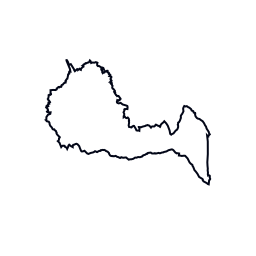 Poieni, Cluj, Romania (Natural Earth projection), rotated 237°
{"feature_id": "2599482B79403381618671", "entity_name": "Poieni", "entity_type": "district", "adm_level": 2, "iso_a3": "ROU", "parent_name": "Romania", "parent_adm1": "Cluj", "projection": "natural_earth1", "projection_center": [22.871, 46.852], "detail": "fine", "context": "isolated", "style": "outline", "palette": "ink", "viewbox_px": 256, "rotation_deg": 237, "n_neighbors": 0, "source": "geoboundaries", "source_scale": "gbopen_adm2", "svg_char_len": 5881}
<svg xmlns="http://www.w3.org/2000/svg" viewBox="0 0 256 256"><g transform="rotate(237 128 128)"><path d="M78.1,193.1L79.8,193.2L80.8,193.6L84.7,193.6L86.7,194.2L88.4,194.1L90.5,194.4L93.0,194.3L95.3,193.3L96.6,192.9L97.8,191.7L98.9,191.2L100.9,191.0L102.8,191.6L103.7,192.4L104.1,192.5L105.1,191.5L106.6,191.9L108.0,190.9L109.4,191.2L111.7,190.5L112.5,189.9L114.3,189.2L114.7,188.0L115.8,187.2L115.0,185.7L114.1,184.7L111.8,183.6L110.3,181.1L110.2,180.4L109.3,178.8L107.7,177.9L105.9,175.5L105.2,174.1L105.2,173.0L104.3,172.4L103.6,171.5L103.0,171.5L101.5,170.6L100.3,169.1L99.8,167.7L99.9,166.7L98.7,163.2L99.0,161.4L98.9,160.6L100.1,160.2L103.2,161.5L108.2,162.6L111.0,162.6L113.9,162.1L113.5,160.9L113.2,158.3L112.5,156.6L111.7,155.9L111.5,155.5L112.9,155.0L113.8,154.2L115.3,153.5L115.7,153.0L115.1,151.8L115.0,151.0L115.1,150.6L115.7,149.9L116.2,148.9L116.2,148.1L115.9,147.5L118.3,147.2L119.9,145.9L119.9,145.3L120.3,144.6L120.3,143.6L121.3,140.7L121.4,139.6L122.9,137.6L122.5,137.4L121.6,137.6L119.5,136.0L120.1,135.6L120.6,134.6L121.4,133.8L123.3,134.1L126.4,134.2L126.8,133.8L126.9,132.8L126.9,132.0L126.6,131.6L126.6,131.1L127.9,130.0L128.2,129.5L129.7,129.9L132.1,132.0L133.4,132.5L133.5,132.9L135.4,133.7L136.9,133.5L136.9,132.8L137.2,132.0L138.0,131.6L139.3,131.5L139.6,131.1L139.5,130.3L140.3,130.8L140.6,131.6L142.0,132.6L143.6,132.8L144.6,134.5L145.6,135.0L145.7,135.4L145.3,135.9L145.0,136.9L144.2,137.8L145.4,138.8L146.6,139.4L146.9,139.4L147.9,138.7L150.7,136.3L153.1,135.5L153.7,133.6L154.8,132.8L155.4,132.7L156.0,132.9L157.2,134.2L156.1,134.8L156.2,135.1L156.0,135.8L156.4,135.9L156.3,137.4L156.6,137.7L160.0,137.5L160.7,136.6L160.7,136.2L163.6,135.9L166.7,136.1L165.9,136.4L164.3,136.2L164.7,136.6L165.5,136.5L166.1,137.2L166.3,137.2L168.4,137.1L169.0,136.9L169.3,136.6L169.8,136.6L170.7,136.9L171.8,138.0L172.6,137.9L173.6,138.4L173.9,138.0L174.3,138.3L175.1,137.8L175.4,138.0L174.3,138.5L174.6,138.9L175.6,139.1L176.3,138.3L176.4,139.3L176.7,139.9L177.4,139.6L177.8,139.7L177.8,140.0L178.6,140.0L179.1,140.5L179.3,141.4L179.9,141.9L180.7,141.7L181.5,140.8L181.7,141.5L182.0,141.5L182.2,142.0L183.0,141.8L182.9,141.4L183.7,141.3L183.8,141.4L183.8,141.9L184.3,142.0L185.5,141.8L185.4,142.1L185.5,142.0L185.5,141.4L186.9,141.0L187.3,141.8L187.4,141.7L187.5,140.9L187.7,140.6L187.5,140.2L188.2,139.5L187.4,138.6L187.5,137.9L187.9,137.2L187.8,136.7L188.9,136.8L189.2,137.4L191.5,137.4L191.8,137.6L190.5,138.6L190.3,139.7L191.8,140.0L192.6,139.5L193.0,138.8L195.8,137.4L196.3,136.5L197.3,136.3L199.0,137.3L199.3,137.9L199.6,137.8L200.8,136.8L201.0,135.6L202.4,133.6L202.6,132.5L204.4,133.0L205.4,132.8L204.6,131.5L204.4,130.7L204.8,129.9L205.0,128.4L205.3,128.1L205.1,127.8L205.4,127.2L205.2,126.7L205.4,126.0L205.4,125.3L204.8,125.1L205.0,125.1L205.0,124.2L204.5,124.6L203.7,124.1L203.8,123.1L203.7,122.9L203.4,121.0L202.4,120.1L203.0,119.7L204.1,119.5L203.9,117.8L204.3,118.0L205.1,117.5L204.6,114.4L205.9,114.4L206.5,114.7L212.7,114.8L213.0,112.9L216.1,113.6L217.7,113.7L218.0,113.5L219.2,113.7L217.9,113.1L209.3,111.5L206.8,110.5L207.4,110.0L207.0,109.0L206.2,108.9L206.2,108.6L205.7,108.3L205.8,108.0L205.4,107.3L205.5,106.9L205.1,106.7L202.4,104.0L202.5,103.6L201.7,101.5L201.3,101.5L201.3,101.2L200.5,100.7L200.8,100.5L200.2,99.5L200.5,98.6L199.9,97.0L200.1,95.7L199.5,94.8L199.0,94.7L198.9,94.4L199.5,93.5L199.5,92.6L200.0,92.5L200.3,92.0L200.0,91.1L200.0,89.8L199.5,89.6L199.2,89.1L199.3,87.9L200.2,86.6L200.7,86.0L201.9,83.6L200.2,82.6L199.6,82.0L198.8,82.1L198.2,81.8L198.1,80.9L198.8,79.8L198.8,79.3L197.6,78.6L196.2,77.1L196.0,76.5L195.1,76.4L194.3,76.7L192.5,76.7L192.5,76.4L192.3,76.4L192.6,75.3L191.3,75.2L191.6,74.1L191.4,73.8L190.9,73.8L190.9,72.8L189.7,72.8L189.8,72.4L190.7,71.9L190.7,71.5L190.0,71.1L189.9,70.6L189.4,70.6L188.7,70.9L188.2,70.8L187.5,71.0L186.1,70.4L185.9,69.0L185.3,69.0L184.2,70.2L183.3,71.6L182.2,70.5L182.7,68.1L181.6,65.5L179.2,63.9L179.3,63.5L178.6,63.7L178.0,63.5L176.4,65.0L174.9,64.9L174.1,64.4L172.3,64.0L170.0,64.4L168.1,64.2L167.5,64.5L167.0,65.4L166.5,65.3L164.7,65.9L164.3,65.6L163.1,65.7L162.4,65.1L161.3,65.0L159.0,65.4L157.6,65.8L157.2,65.6L156.9,64.5L155.7,63.6L155.3,62.9L155.2,62.0L153.0,62.5L148.4,61.6L148.8,62.7L148.6,63.9L148.0,64.4L147.9,64.8L147.6,65.1L146.5,64.9L145.0,65.8L143.6,65.6L145.2,68.1L145.7,68.5L146.0,69.6L143.8,70.3L142.2,71.2L142.6,71.4L142.7,71.7L143.4,72.2L143.7,73.0L143.3,73.7L143.2,75.1L142.9,76.1L141.9,76.8L139.4,77.2L136.8,76.6L134.2,76.2L133.7,76.3L133.0,77.3L132.6,79.1L128.9,79.9L127.8,80.7L127.4,83.1L126.5,85.5L126.4,86.7L126.5,87.7L125.9,88.2L124.9,88.7L124.6,89.0L124.6,90.6L124.2,92.0L123.8,92.5L124.2,93.1L123.4,94.9L123.0,95.2L122.6,96.1L121.4,96.9L120.6,97.0L119.3,98.0L117.4,98.4L116.6,98.1L114.9,98.0L113.7,98.6L112.8,99.7L112.8,100.0L112.0,100.7L111.3,102.5L109.7,103.2L109.0,103.9L107.2,105.0L107.0,105.5L107.2,106.4L105.7,107.7L104.4,110.3L101.0,111.4L100.7,112.6L100.0,113.6L99.3,115.6L99.3,117.9L98.4,119.1L98.3,120.1L97.9,121.0L97.0,122.1L96.4,124.2L96.4,124.7L96.8,125.1L96.7,126.2L96.2,128.0L96.3,129.2L95.9,129.8L95.9,130.2L96.3,130.6L96.2,131.2L95.0,133.7L93.8,134.1L93.4,134.5L92.1,136.5L92.2,136.9L91.4,137.4L90.4,140.2L89.4,141.0L88.9,143.2L88.3,144.3L88.3,145.1L87.4,147.5L87.3,149.9L86.3,152.9L85.8,153.5L84.7,154.0L81.4,154.4L80.9,154.8L80.3,154.9L79.9,155.8L78.8,157.0L77.2,155.7L76.3,156.9L75.3,157.8L74.2,160.0L73.5,160.8L70.0,161.4L65.6,160.9L63.8,161.2L62.1,161.9L61.1,161.5L59.7,161.5L56.4,160.8L54.8,161.1L51.8,161.3L48.2,161.0L44.7,162.7L44.0,162.7L43.4,162.2L42.1,162.3L38.8,164.1L37.6,164.4L36.8,165.0L40.0,167.6L40.1,168.6L40.5,169.2L42.0,169.6L43.2,170.5L43.6,170.5L44.4,170.0L44.5,169.3L45.8,169.8L46.9,170.7L49.2,171.8L50.3,172.7L53.0,174.1L56.1,175.9L62.6,180.7L73.3,187.6L78.5,190.2L77.7,190.3L77.8,190.4L77.4,190.7L78.1,191.1L78.0,191.6L77.8,191.8L78.0,192.2L78.1,193.1Z" fill="none" stroke="#020617" stroke-width="2"/></g></svg>